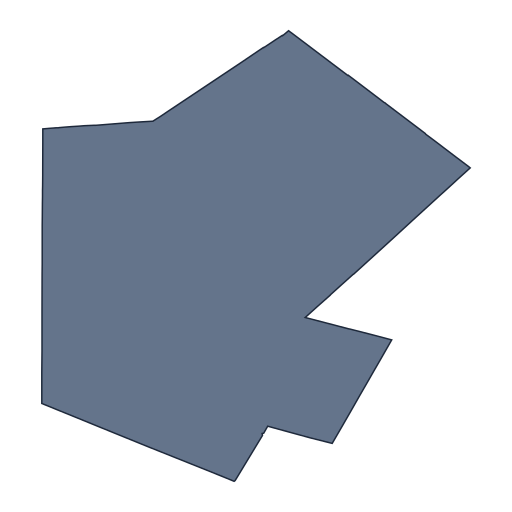 Viziru, Braila, Romania
{"feature_id": "2599482B41463898366157", "entity_name": "Viziru", "entity_type": "district", "adm_level": 2, "iso_a3": "ROU", "parent_name": "Romania", "parent_adm1": "Braila", "projection": "robinson", "projection_center": [27.708, 45.019], "detail": "fine", "context": "isolated", "style": "filled", "palette": "slate", "viewbox_px": 512, "rotation_deg": 0, "n_neighbors": 0, "source": "geoboundaries", "source_scale": "gbopen_adm2", "svg_char_len": 1550}
<svg xmlns="http://www.w3.org/2000/svg" viewBox="0 0 512 512"><path d="M234.1,481.3L234.4,481.1L235.1,480.6L236.7,478.0L248.8,458.0L262.5,435.4L262.1,433.5L263.7,433.2L267.7,426.2L288.8,432.0L310.4,437.9L332.2,443.4L342.7,425.3L350.8,411.2L359.4,396.1L367.2,382.6L375.1,368.8L375.3,368.5L380.6,359.3L391.7,339.9L371.3,334.5L349.7,329.0L348.9,328.9L305.2,317.5L316.6,307.2L330.4,295.0L330.5,294.7L341.6,284.7L353.2,274.3L353.6,274.2L390.3,240.8L412.2,220.7L440.8,194.6L446.6,189.4L457.7,179.2L470.2,167.9L468.9,166.8L455.9,157.0L443.4,147.5L434.6,140.8L425.7,134.2L425.4,133.6L423.7,132.3L422.0,131.0L419.8,129.3L417.8,127.8L396.9,112.0L385.8,103.6L385.5,103.2L384.5,102.6L384.1,102.5L379.7,99.1L374.7,95.3L348.2,75.2L347.9,75.5L320.5,54.8L291.8,33.1L290.1,31.9L288.6,30.7L287.4,31.7L284.8,33.9L282.6,35.7L282.3,35.4L274.9,40.2L273.3,41.3L263.6,47.7L263.4,47.5L258.6,50.7L240.6,62.9L192.3,95.1L169.8,110.1L167.7,111.5L161.2,115.9L159.2,117.2L157.1,118.5L152.9,121.2L142.3,121.8L129.5,122.6L95.8,125.3L93.7,125.3L84.5,125.7L82.0,125.9L78.1,126.2L71.5,126.6L65.1,127.1L59.3,127.6L58.7,127.7L58.4,127.8L57.0,127.8L56.4,127.8L56.1,127.8L53.8,128.0L49.7,128.3L42.8,128.9L42.8,130.2L42.8,142.2L42.7,170.3L42.7,175.6L42.6,186.2L42.5,190.1L42.5,196.8L42.4,202.9L42.3,216.2L42.3,216.3L42.2,225.7L42.2,245.0L42.2,264.4L42.1,274.0L42.0,312.1L42.0,312.5L42.0,332.0L42.0,351.1L41.8,372.5L41.8,386.8L41.8,402.2L41.8,403.5L92.9,424.3L102.2,428.1L149.7,447.4L161.5,452.1L190.8,463.8L224.4,477.3L234.1,481.3Z" fill="#64748b" stroke="#1e293b" stroke-width="1.5"/></svg>